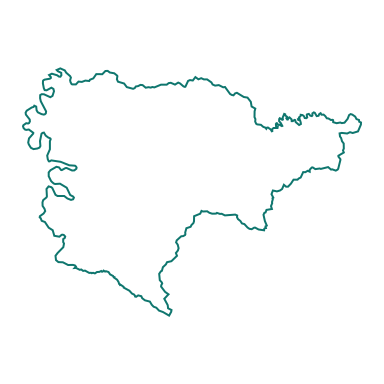 Linakeng, Thaba-Tseka, Lesotho (orthographic projection)
{"feature_id": "5366337B53729511602766", "entity_name": "Linakeng", "entity_type": "district", "adm_level": 2, "iso_a3": "LSO", "parent_name": "Lesotho", "parent_adm1": "Thaba-Tseka", "projection": "orthographic", "projection_center": [28.976, -29.679], "detail": "fine", "context": "isolated", "style": "outline", "palette": "teal", "viewbox_px": 384, "rotation_deg": 0, "n_neighbors": 0, "source": "geoboundaries", "source_scale": "gbopen_adm2", "svg_char_len": 5849}
<svg xmlns="http://www.w3.org/2000/svg" viewBox="0 0 384 384"><path d="M169.1,315.6L171.2,311.8L171.5,310.0L168.1,308.3L167.7,305.1L164.3,298.8L168.5,294.3L165.1,291.9L161.1,286.6L161.3,285.1L162.2,283.5L161.8,282.4L159.8,280.2L159.2,273.8L160.9,271.3L161.9,270.8L162.9,267.2L165.9,264.4L167.0,262.2L171.4,261.2L177.0,255.8L175.9,253.0L177.9,250.5L178.6,248.2L177.7,244.6L176.1,242.4L176.7,240.4L181.2,236.3L183.2,236.1L185.1,235.0L185.4,234.1L185.2,232.5L186.4,228.2L190.6,226.8L191.5,225.0L193.4,223.1L194.0,221.3L194.1,216.2L200.2,213.7L201.5,210.9L202.9,211.5L207.2,211.3L209.4,212.8L212.2,213.7L216.0,213.6L216.9,212.9L219.9,213.9L221.7,213.8L224.9,215.4L235.2,214.6L237.2,215.5L237.0,217.2L238.0,219.1L240.4,221.0L241.9,223.4L244.4,224.1L247.5,227.5L249.4,228.8L251.7,229.2L254.1,227.7L255.1,227.6L258.6,229.5L264.1,230.3L264.3,228.7L265.2,228.0L265.9,228.0L265.5,226.4L266.8,225.6L264.9,221.1L263.5,214.8L264.4,212.8L265.5,212.5L266.5,209.9L271.9,209.0L271.0,206.1L272.2,203.2L272.0,202.1L272.8,199.3L272.5,198.3L273.3,197.7L271.5,194.2L272.9,190.5L276.9,191.4L280.0,190.5L282.1,189.0L283.9,184.8L286.1,186.7L288.0,186.7L290.9,183.7L293.5,179.7L297.5,179.7L298.7,178.5L300.7,177.5L303.2,172.1L305.3,172.2L307.7,170.8L309.7,171.7L309.7,169.7L311.8,167.5L312.7,167.4L315.3,169.1L319.7,168.5L320.8,168.9L328.1,167.1L331.1,169.6L332.1,169.3L335.8,170.6L337.6,169.6L338.2,168.8L340.4,160.0L340.4,159.2L338.4,156.6L338.4,155.7L343.8,152.5L343.0,150.4L343.8,148.6L343.7,143.5L342.0,141.2L341.1,138.0L340.0,136.5L339.6,133.4L341.7,132.9L347.2,133.5L350.0,132.2L352.7,133.0L358.0,131.4L360.9,124.6L361.0,122.5L359.2,121.7L359.0,120.0L356.5,119.1L355.2,116.6L352.3,114.6L350.6,114.1L349.1,115.1L347.6,118.9L344.5,122.7L341.8,123.1L340.2,122.5L336.7,123.2L333.2,122.2L333.1,120.1L332.6,119.8L330.9,120.0L328.5,118.5L326.8,118.3L325.3,116.1L323.6,114.6L321.5,114.7L320.6,113.2L319.3,114.0L318.5,115.8L316.7,116.1L314.8,112.8L313.8,112.4L312.4,113.4L312.4,115.5L311.8,116.1L310.3,115.7L308.8,113.9L307.0,114.4L306.7,115.0L307.2,117.5L306.2,118.2L304.7,118.0L304.1,116.4L302.6,115.1L300.7,114.8L300.5,116.2L299.0,117.4L299.5,118.7L298.0,119.1L298.2,119.9L300.1,120.5L300.7,122.4L300.9,124.0L299.1,125.0L295.7,122.1L295.2,120.1L294.5,119.9L292.8,121.1L291.7,121.1L291.6,119.4L289.5,117.4L288.4,118.2L287.8,119.5L287.2,119.5L286.3,118.2L287.1,116.8L285.2,115.4L285.2,114.3L284.2,113.9L282.6,117.8L282.9,119.5L282.2,119.8L279.8,118.2L279.2,119.0L279.1,121.1L280.8,123.1L282.3,125.9L281.9,126.1L279.3,124.7L277.6,124.7L277.1,123.3L276.5,123.2L275.9,124.0L276.1,126.7L276.4,127.2L277.7,126.9L277.5,128.0L273.5,128.0L272.1,129.3L272.3,131.1L271.8,131.3L270.6,129.4L267.9,127.5L266.9,127.7L266.3,128.8L265.3,127.6L263.3,126.9L260.9,124.8L257.2,124.4L256.2,123.8L255.2,121.6L255.4,119.1L254.5,117.1L254.6,111.3L255.3,108.6L251.6,106.5L250.8,101.8L247.5,97.6L243.8,97.0L236.9,92.8L235.1,93.4L233.5,95.3L231.9,95.0L230.1,94.0L225.0,87.0L223.2,87.3L218.8,85.1L215.1,85.6L212.6,84.5L211.4,82.4L207.1,79.4L203.9,79.4L201.2,78.2L198.4,79.3L195.4,77.1L192.8,80.5L190.0,80.1L188.1,80.9L185.4,86.7L184.9,86.9L183.5,86.4L180.0,83.4L178.2,82.6L175.0,84.6L170.8,82.8L168.7,83.1L166.7,84.7L160.9,84.7L154.4,87.4L152.3,87.0L150.8,87.6L148.5,87.2L145.7,87.7L142.6,85.1L140.4,84.9L138.1,86.1L135.8,86.5L134.7,88.1L133.1,88.8L126.8,87.1L124.1,83.5L118.0,81.7L116.9,79.3L117.4,76.1L117.0,75.5L114.3,73.3L109.8,72.5L107.7,70.9L105.4,71.0L102.3,74.2L96.3,74.1L93.3,78.4L90.0,79.7L89.2,81.0L85.3,80.6L81.9,81.9L78.5,81.6L75.9,84.4L72.2,84.4L71.6,84.1L70.5,82.1L70.1,80.2L70.9,77.6L70.1,76.1L66.2,72.7L64.8,70.4L60.3,68.4L56.7,70.0L57.8,71.2L61.2,72.8L61.4,75.2L60.4,76.7L59.0,76.6L57.2,75.3L51.9,73.7L49.1,75.0L50.8,77.0L50.9,77.9L49.9,78.7L44.7,79.6L43.5,80.2L43.0,80.9L42.9,83.4L43.8,88.1L44.7,90.1L46.6,90.3L51.4,87.7L53.4,88.9L54.0,91.2L52.5,95.9L50.3,97.2L44.0,94.3L41.7,94.2L40.2,95.1L40.1,98.2L40.8,101.3L46.1,111.4L45.8,113.4L44.8,114.3L43.8,114.6L41.5,114.1L37.8,112.3L36.6,110.3L36.2,106.6L34.3,105.7L33.6,106.9L31.7,107.5L26.7,110.7L25.6,112.7L25.9,114.6L29.7,119.5L29.9,121.4L29.1,123.0L28.1,123.5L26.2,123.2L23.4,125.2L23.0,126.2L23.6,128.1L25.1,129.6L26.3,129.9L28.8,129.5L33.3,132.8L33.2,133.6L29.0,138.4L28.2,142.5L28.8,144.4L30.9,147.8L33.5,149.1L37.4,148.5L39.5,147.6L40.4,146.0L40.0,141.1L41.5,133.8L42.5,132.9L43.9,132.6L45.7,135.6L48.2,137.5L50.3,138.4L50.7,139.1L49.9,141.2L49.9,149.3L47.2,155.6L47.8,159.3L48.8,161.3L49.6,161.4L51.3,160.4L60.6,161.8L69.3,165.3L75.0,165.7L76.1,166.6L76.6,167.7L76.3,168.8L74.3,170.4L72.1,170.5L66.6,168.0L65.4,168.1L61.8,170.1L61.1,170.0L59.0,167.4L56.4,166.8L50.5,170.2L48.7,172.4L48.7,176.2L51.0,180.9L51.9,181.9L53.7,183.5L55.1,184.0L60.0,183.7L66.7,187.7L70.2,195.0L73.2,196.6L73.9,197.7L73.1,199.3L71.0,199.9L67.4,198.5L64.2,196.0L57.5,196.0L55.5,194.8L52.4,188.2L51.4,187.2L48.6,186.4L46.5,189.0L46.9,196.3L46.5,197.4L43.2,200.1L42.5,202.3L42.6,205.9L44.5,208.8L45.2,211.1L43.6,213.5L39.9,216.2L39.7,217.4L40.7,218.2L41.7,220.8L44.9,222.0L48.7,227.7L52.7,230.2L54.3,235.8L59.4,236.7L61.7,234.8L62.7,234.7L63.8,235.0L65.2,236.5L64.8,237.9L63.2,239.1L63.2,242.1L64.0,243.5L63.3,247.2L57.6,253.0L55.5,255.8L56.0,260.1L58.4,262.1L62.9,262.3L68.1,265.0L72.9,264.9L74.9,265.4L75.9,266.5L74.6,268.0L76.0,267.9L79.7,269.8L81.3,269.5L83.1,270.9L85.0,270.6L89.2,272.9L91.1,272.8L91.7,273.2L93.1,272.8L94.9,273.4L97.0,272.0L99.3,271.9L101.2,271.0L101.8,271.7L102.6,271.7L103.6,270.6L105.1,271.6L105.9,271.2L108.5,272.0L110.1,274.4L113.1,276.0L113.5,276.9L114.3,277.1L114.1,277.6L117.1,279.7L118.6,282.1L119.1,283.9L119.8,284.1L120.1,285.1L121.0,285.0L123.6,286.8L123.7,287.6L129.4,290.7L132.0,293.6L134.0,294.5L135.1,295.9L135.1,296.5L136.1,296.8L138.2,295.4L141.3,296.2L142.2,298.2L144.9,300.3L149.9,301.6L151.7,304.7L153.6,306.7L156.3,307.7L159.0,310.6L162.9,312.0L169.1,315.6Z" fill="none" stroke="#0f766e" stroke-width="2"/></svg>